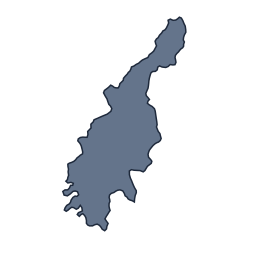 Matozinhos, Minas Gerais, Brazil (Albers equal-area conic projection), rotated 162°
{"feature_id": "56859067B16876835077796", "entity_name": "Matozinhos", "entity_type": "district", "adm_level": 2, "iso_a3": "BRA", "parent_name": "Brazil", "parent_adm1": "Minas Gerais", "projection": "albers", "projection_center": [-44.053, -19.531], "detail": "fine", "context": "isolated", "style": "filled", "palette": "slate", "viewbox_px": 256, "rotation_deg": 162, "n_neighbors": 0, "source": "geoboundaries", "source_scale": "gbopen_adm2", "svg_char_len": 3218}
<svg xmlns="http://www.w3.org/2000/svg" viewBox="0 0 256 256"><g transform="rotate(162 128 128)"><path d="M176.4,43.4L177.3,46.1L178.0,48.7L175.9,50.7L173.9,52.3L172.2,53.8L170.5,55.1L170.5,57.3L170.2,59.6L169.3,62.1L167.9,63.7L167.5,65.7L167.4,67.8L166.3,69.9L164.1,71.0L161.4,71.0L159.1,71.7L157.1,72.0L154.7,71.6L152.4,69.8L151.7,66.8L151.7,64.4L150.3,62.6L149.8,60.5L148.5,59.0L146.4,57.5L144.8,55.7L143.6,58.6L142.0,61.6L140.1,63.9L139.5,65.9L140.2,68.9L140.5,71.3L140.7,73.6L140.9,77.0L141.2,79.5L141.1,83.1L140.0,86.7L137.6,87.3L135.4,86.0L132.8,85.0L129.7,83.8L127.1,81.6L125.1,82.3L123.3,83.9L121.3,85.6L119.0,86.4L116.8,87.2L115.6,89.0L116.2,91.0L117.5,93.8L117.1,96.7L115.9,98.6L114.4,100.4L112.1,102.0L109.6,103.6L107.3,104.6L105.3,105.1L103.3,105.2L101.2,106.1L99.7,107.8L99.6,110.1L99.4,112.8L100.3,115.3L100.5,118.1L100.6,120.2L99.3,122.1L98.7,125.0L98.2,128.1L97.7,131.1L97.2,133.9L96.9,135.8L96.9,138.2L98.4,141.0L100.5,143.3L101.9,145.5L100.8,147.3L98.8,148.5L99.6,150.7L100.6,153.0L100.4,155.3L98.4,157.7L96.7,159.6L95.6,161.7L94.7,163.7L93.6,166.3L92.2,168.9L90.7,171.2L89.3,173.2L87.2,174.1L84.4,173.4L82.2,174.3L80.9,176.7L78.8,177.3L76.8,175.5L73.4,173.9L70.9,174.1L68.3,175.3L65.8,174.1L63.8,173.7L62.1,175.6L61.7,178.2L61.5,180.5L60.5,182.4L58.5,183.8L56.4,184.8L54.9,185.9L53.1,186.9L51.3,187.4L49.9,188.5L49.2,190.5L47.8,192.4L48.2,194.6L47.2,196.9L45.7,199.0L43.4,201.2L42.7,203.8L42.1,207.2L42.5,210.1L42.7,213.2L43.3,216.1L44.9,217.5L47.1,216.5L49.3,215.9L51.9,216.5L54.1,218.5L56.6,218.1L56.9,215.3L58.9,213.0L61.0,210.9L62.8,209.8L64.7,209.6L66.6,208.0L69.4,206.5L71.4,204.6L73.4,203.9L75.4,202.2L75.6,199.8L75.5,197.3L77.6,195.3L79.8,193.2L82.2,192.1L85.0,191.2L87.3,188.9L90.5,188.6L93.4,188.2L95.8,187.3L97.9,186.3L100.4,186.0L103.3,185.1L105.8,185.0L107.2,183.0L108.7,181.5L110.5,180.8L112.0,179.5L114.5,178.2L116.9,176.7L117.8,174.8L119.5,173.9L122.0,172.7L123.4,170.5L125.0,169.2L126.8,169.8L128.5,170.8L129.7,172.6L131.2,174.1L133.9,172.7L136.1,171.9L138.8,171.0L140.4,169.0L139.7,165.1L139.0,162.2L139.0,159.4L138.9,156.4L137.9,154.4L137.4,151.5L139.1,149.2L141.8,148.2L143.5,147.6L148.7,147.2L157.8,146.3L159.1,144.6L162.1,143.1L163.2,139.4L165.5,138.2L167.4,137.2L168.1,134.2L169.8,131.8L172.0,132.6L173.8,133.3L176.3,133.7L178.7,133.0L179.7,131.3L178.4,128.1L178.0,125.5L178.2,122.0L178.5,119.1L179.3,117.4L181.7,116.9L183.7,116.0L185.6,115.4L187.7,113.9L189.9,113.0L192.3,112.7L194.6,112.7L196.4,112.2L197.0,109.9L197.3,107.3L198.5,104.8L199.1,101.4L200.6,99.4L201.5,97.7L203.5,96.6L202.2,94.3L199.0,93.9L197.1,92.3L198.3,90.6L200.3,91.2L202.3,89.0L204.5,87.8L207.1,88.6L209.6,87.8L209.5,83.9L206.6,82.2L203.1,83.2L199.9,84.7L197.7,84.4L195.7,83.0L195.6,79.7L197.6,78.7L199.4,79.6L201.8,79.0L204.4,77.0L205.5,75.3L207.2,74.0L210.2,73.3L212.4,71.6L213.9,69.7L212.5,67.9L210.4,68.4L207.9,69.5L206.0,70.0L204.3,69.1L202.3,66.7L200.0,67.1L197.3,69.2L196.5,66.6L197.0,63.3L198.9,63.0L201.3,62.8L203.0,61.4L201.6,59.0L199.4,60.2L197.5,60.5L196.3,58.2L195.8,55.8L196.1,52.9L197.0,50.2L196.3,48.2L194.8,46.8L191.9,45.9L189.5,46.3L187.0,46.1L185.2,44.2L184.3,41.9L183.8,39.7L181.9,37.5L179.6,38.7L178.5,41.0L176.4,43.4Z" fill="#64748b" stroke="#1e293b" stroke-width="1.5"/></g></svg>